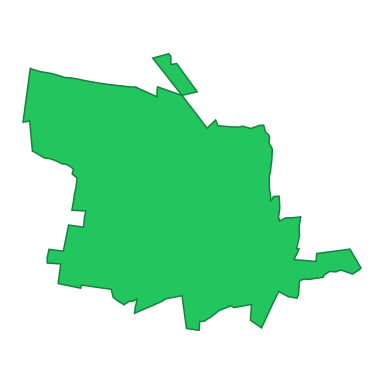 outline of Chicxulub Pueblo, Yucatán, Mexico
{"feature_id": "50627088B2024609672342", "entity_name": "Chicxulub Pueblo", "entity_type": "district", "adm_level": 2, "iso_a3": "MEX", "parent_name": "Mexico", "parent_adm1": "Yucatán", "projection": "mercator", "projection_center": [-89.518, 21.153], "detail": "fine", "context": "isolated", "style": "filled", "palette": "green", "viewbox_px": 384, "rotation_deg": 0, "n_neighbors": 0, "source": "geoboundaries", "source_scale": "gbopen_adm2", "svg_char_len": 2603}
<svg xmlns="http://www.w3.org/2000/svg" viewBox="0 0 384 384"><path d="M349.9,249.1L338.9,250.6L316.7,253.5L316.1,261.4L294.4,259.7L294.0,259.6L299.1,249.0L296.6,248.6L299.5,236.0L299.1,227.1L300.7,216.8L295.5,217.5L289.6,217.8L285.6,217.9L285.4,218.0L279.3,221.2L279.3,220.8L279.3,220.5L279.3,220.2L279.2,218.7L278.4,218.1L279.7,209.2L279.7,205.5L279.1,196.1L273.3,196.6L272.7,198.6L270.6,200.7L270.5,198.3L270.8,197.3L269.4,188.6L269.3,176.3L270.5,171.7L270.7,168.4L271.6,162.3L271.8,160.3L272.3,150.4L272.2,148.6L271.8,147.9L270.4,145.5L269.6,144.3L269.2,143.4L269.3,142.5L269.2,140.6L269.6,137.7L269.4,136.2L269.0,135.4L267.7,133.9L265.7,132.3L265.3,131.0L264.6,128.6L264.4,128.6L264.2,127.2L263.9,126.3L263.7,125.2L259.4,125.4L255.6,126.9L253.9,127.3L252.4,128.0L250.6,128.4L242.5,126.2L239.0,127.1L229.9,126.8L218.0,125.7L215.6,119.9L207.1,128.3L195.2,112.5L188.1,103.4L182.0,95.4L197.2,91.8L194.5,88.1L189.3,80.9L183.6,73.1L176.7,63.5L170.8,64.6L171.0,58.1L170.6,56.1L168.9,53.7L152.7,58.1L181.6,94.9L181.1,95.1L157.6,86.9L157.0,90.4L157.0,96.7L156.1,96.3L144.1,91.0L143.2,90.4L141.2,89.7L138.8,88.6L137.4,87.7L136.7,87.5L135.4,87.0L133.7,87.2L132.8,87.1L132.7,87.1L127.5,86.6L122.9,86.1L116.3,85.3L115.9,85.3L115.7,85.3L108.8,84.5L101.1,83.4L90.8,81.7L73.4,78.3L66.9,77.5L65.4,77.6L64.4,77.4L55.3,74.5L51.1,73.4L39.7,71.5L32.1,69.2L30.3,68.3L23.0,122.2L29.7,121.1L32.4,151.1L36.6,153.3L44.2,157.9L50.1,158.7L56.5,161.0L62.2,163.9L66.0,164.2L70.1,166.4L71.6,167.7L73.4,168.7L72.2,174.1L77.1,177.9L75.9,187.7L74.3,194.9L74.0,198.2L71.9,210.3L85.7,210.9L84.5,217.0L84.2,220.2L83.5,227.1L68.6,225.0L63.3,251.2L49.0,249.3L47.2,257.5L47.2,263.0L60.7,264.0L58.2,283.6L80.8,288.2L81.4,285.1L111.3,289.3L112.1,293.0L113.1,297.3L118.3,301.2L124.1,304.8L128.8,301.5L132.9,301.3L136.8,298.9L136.0,305.3L135.5,305.4L134.5,313.3L140.1,310.9L140.6,310.7L147.3,307.8L149.0,307.1L159.9,302.3L162.1,301.2L166.2,298.7L174.6,297.2L180.0,296.1L182.0,295.8L186.4,328.0L186.8,328.1L186.9,328.6L187.3,328.6L198.8,330.3L199.0,330.3L199.2,330.1L199.2,329.1L199.3,328.1L199.3,327.1L199.4,326.1L199.6,323.4L199.8,321.4L204.0,321.4L211.6,316.5L211.7,316.4L219.2,310.5L229.6,306.4L229.5,305.9L231.6,306.0L233.7,307.6L251.5,304.5L250.4,320.2L256.3,324.3L261.5,328.0L272.7,303.9L278.7,291.5L288.3,296.7L296.9,298.2L298.5,294.8L299.0,288.9L299.5,280.7L304.2,279.1L306.3,279.2L309.2,279.4L314.5,278.5L321.9,277.5L323.2,277.3L323.9,275.3L329.5,271.4L332.9,271.7L336.1,271.9L338.8,270.6L341.2,270.1L341.9,270.3L346.9,272.1L352.5,274.1L359.0,269.9L361.0,268.1L349.9,249.1Z" fill="#22c55e" stroke="#15803d" stroke-width="1.5"/></svg>